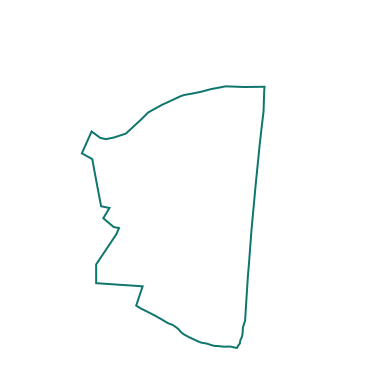 Umraniyya, Al Jizah, Egypt (Natural Earth projection), rotated 120°
{"feature_id": "37247803B30889137034133", "entity_name": "Umraniyya", "entity_type": "district", "adm_level": 2, "iso_a3": "EGY", "parent_name": "Egypt", "parent_adm1": "Al Jizah", "projection": "natural_earth1", "projection_center": [31.189, 29.993], "detail": "fine", "context": "isolated", "style": "outline", "palette": "teal", "viewbox_px": 384, "rotation_deg": 120, "n_neighbors": 0, "source": "geoboundaries", "source_scale": "gbopen_adm2", "svg_char_len": 1278}
<svg xmlns="http://www.w3.org/2000/svg" viewBox="0 0 384 384"><g transform="rotate(120 192 192)"><path d="M131.7,261.7L136.2,264.4L139.1,266.2L145.0,269.7L149.4,270.9L154.2,272.2L160.7,274.2L164.6,275.4L169.1,276.8L174.5,278.5L183.7,286.7L189.3,293.0L191.0,298.5L189.8,309.2L213.6,306.7L213.4,294.8L227.5,282.8L249.8,263.6L247.1,255.5L259.1,255.7L261.5,242.2L261.0,240.9L259.7,237.2L266.7,236.4L275.4,237.0L302.7,238.8L309.9,234.6L316.3,230.9L318.9,229.4L313.3,218.1L308.2,207.6L302.7,196.5L298.4,187.6L300.5,187.2L302.2,186.8L304.4,186.4L318.3,183.5L318.5,178.7L318.1,172.2L317.6,162.8L317.5,154.3L317.6,147.0L316.8,142.4L317.0,139.1L317.2,137.2L317.6,134.9L318.8,131.8L319.4,127.8L319.3,125.6L319.2,121.6L318.8,117.7L318.5,113.4L318.1,110.1L317.6,108.0L316.7,105.7L316.0,103.9L315.0,99.2L314.1,95.7L312.2,92.0L310.2,87.4L306.6,81.3L305.1,76.5L304.4,75.0L302.0,75.2L299.4,74.8L296.2,76.0L293.7,76.2L291.2,76.7L289.7,77.3L287.9,78.1L285.9,79.2L283.8,80.2L277.1,81.6L237.8,101.1L224.8,107.2L196.0,121.1L154.5,140.2L117.7,156.8L100.3,164.4L86.5,170.3L84.8,171.2L68.2,180.1L64.6,181.8L75.1,199.5L76.0,201.2L80.3,209.4L83.6,215.5L84.4,216.6L87.5,220.1L93.5,227.1L100.7,234.3L106.3,240.6L111.9,247.3L114.5,249.6L131.7,261.7Z" fill="none" stroke="#0f766e" stroke-width="2"/></g></svg>